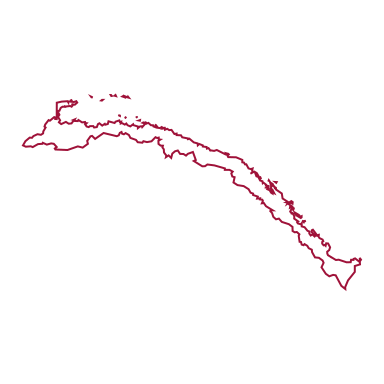 outline of Comarca Kuna Yala, Kuna Yala, Panama
{"feature_id": "35544464B26872392116911", "entity_name": "Comarca Kuna Yala", "entity_type": "district", "adm_level": 2, "iso_a3": "PAN", "parent_name": "Panama", "parent_adm1": "Kuna Yala", "projection": "albers", "projection_center": [-78.308, 9.061], "detail": "fine", "context": "isolated", "style": "outline", "palette": "rose", "viewbox_px": 384, "rotation_deg": 0, "n_neighbors": 0, "source": "geoboundaries", "source_scale": "gbopen_adm2", "svg_char_len": 6023}
<svg xmlns="http://www.w3.org/2000/svg" viewBox="0 0 384 384"><path d="M23.0,145.4L25.8,146.7L30.8,146.3L32.7,147.1L38.0,144.1L42.4,143.8L42.8,142.8L46.8,144.6L51.2,143.4L53.8,143.8L56.7,147.0L54.8,148.5L55.4,149.5L67.5,150.0L77.8,146.4L82.7,147.6L87.9,143.8L87.2,140.9L90.5,136.3L92.1,135.9L95.1,138.9L103.6,133.0L116.8,136.2L118.8,135.3L119.8,132.9L121.5,132.0L122.1,133.7L123.9,134.3L125.6,133.1L128.9,135.0L130.4,137.9L136.0,139.9L137.7,142.2L142.4,142.7L143.4,141.2L147.0,142.1L151.5,141.3L155.5,137.2L157.1,138.0L158.7,137.6L158.8,139.4L160.3,139.6L158.4,140.8L158.5,143.9L160.6,145.6L162.9,145.7L162.4,147.4L163.8,149.3L164.0,152.5L166.4,155.6L166.0,157.1L168.6,155.4L171.2,157.9L172.3,153.6L175.0,151.3L177.8,150.5L180.1,153.9L183.5,154.0L186.0,155.6L187.9,153.8L192.9,152.0L195.8,160.0L193.8,161.0L202.3,166.3L205.0,166.2L207.4,164.5L214.4,165.4L224.9,168.4L224.8,169.9L229.6,169.9L232.7,171.6L231.3,173.4L232.3,176.5L234.6,177.2L233.5,182.5L237.5,185.1L243.7,186.1L248.6,189.2L250.6,192.7L253.1,193.6L253.1,195.0L257.8,196.6L257.1,198.6L260.1,198.3L259.9,199.4L262.3,199.7L262.9,200.9L261.9,203.3L263.8,203.0L266.0,206.2L272.7,210.3L270.7,210.3L270.3,211.1L272.1,213.1L273.3,216.8L276.0,219.3L278.9,218.6L281.8,221.9L288.9,224.2L292.5,226.9L292.6,231.0L294.7,232.3L296.8,232.0L299.4,234.3L298.7,235.8L299.6,241.8L301.0,242.0L301.7,244.6L303.6,245.2L304.5,244.1L307.3,245.8L308.7,248.2L311.8,249.7L312.1,252.2L315.0,257.4L318.9,257.8L322.6,260.5L323.6,262.8L321.5,267.3L325.8,273.8L329.3,276.3L333.1,274.9L335.7,275.3L341.3,285.8L345.3,289.0L345.2,287.1L348.0,280.4L354.8,271.9L354.8,266.0L360.0,264.4L359.8,261.4L361.0,259.7L359.7,257.9L360.0,260.0L358.8,261.3L355.1,258.4L353.6,258.9L353.5,259.9L351.1,259.8L350.7,262.2L346.6,262.3L338.7,259.7L335.9,260.0L331.5,257.3L330.9,258.1L331.3,257.2L328.0,255.2L327.3,253.6L327.2,251.7L329.2,250.1L330.1,247.3L328.1,243.5L326.2,243.3L325.6,245.8L324.7,244.9L323.6,245.3L322.2,243.6L322.2,242.0L323.3,241.2L322.6,239.6L319.5,238.1L318.2,236.0L316.3,235.6L316.3,234.2L312.9,229.7L311.9,230.2L311.6,231.9L315.3,235.8L314.6,236.5L312.4,234.4L310.7,235.5L309.3,233.5L309.4,231.5L307.5,230.8L304.6,227.2L301.7,226.4L301.7,223.2L300.8,224.3L297.8,223.4L297.1,222.2L298.2,221.4L294.2,218.6L294.3,216.4L293.1,213.9L291.9,213.6L292.4,212.1L291.4,213.1L290.2,211.6L291.4,209.1L293.3,209.9L293.8,208.3L291.4,206.8L290.0,207.6L290.2,206.4L291.5,206.0L288.9,204.3L288.7,203.3L289.7,203.1L288.8,202.8L287.3,203.8L287.8,202.8L286.7,202.5L288.2,202.1L282.6,198.5L281.8,193.5L276.0,189.5L275.9,187.8L275.6,187.6L275.4,188.1L274.9,188.2L273.8,185.9L272.6,185.9L273.3,185.5L272.7,184.0L270.1,182.4L271.4,186.6L270.7,188.4L272.4,189.7L274.1,193.0L271.6,191.6L272.2,193.4L271.3,192.9L270.4,191.6L271.2,190.9L267.5,189.3L268.6,188.2L268.4,186.4L267.8,188.0L266.1,187.6L267.9,185.9L265.9,185.5L266.1,184.7L263.1,182.4L262.7,182.9L262.4,181.2L260.1,180.5L258.3,176.9L256.4,176.3L255.7,174.4L258.0,175.2L256.8,173.1L254.3,171.6L250.4,173.7L253.3,171.9L252.1,170.8L252.6,168.5L250.9,169.1L248.5,168.4L246.3,164.3L245.0,164.4L244.0,162.6L242.3,162.3L242.3,159.9L236.1,157.3L228.2,157.1L227.4,155.4L228.8,154.4L228.3,153.8L226.3,153.3L227.2,154.6L225.7,154.5L216.8,150.0L214.1,150.9L210.4,150.3L210.0,151.3L210.2,150.2L208.5,148.1L206.9,148.6L206.6,147.0L202.8,146.5L202.8,145.4L199.3,144.0L197.8,145.3L197.6,143.4L193.8,142.4L189.3,138.6L187.9,138.6L188.1,140.1L187.7,138.4L182.2,137.3L181.0,135.3L176.6,135.1L176.6,133.6L174.4,134.0L171.5,129.9L169.2,130.1L167.2,128.8L165.0,129.7L164.8,127.8L164.0,127.8L162.9,128.7L162.5,128.7L163.1,128.1L161.7,127.0L160.0,128.1L156.5,127.6L153.4,126.4L153.1,125.3L150.9,125.2L148.4,122.9L145.0,124.0L142.2,127.1L141.9,126.3L140.1,126.4L137.9,128.1L137.9,126.5L133.3,125.1L133.1,124.3L130.3,126.4L127.5,125.2L126.3,123.5L124.8,124.6L121.8,123.0L120.9,123.4L121.2,121.7L119.9,122.1L119.3,120.4L115.5,121.7L114.6,123.0L108.5,121.3L107.8,124.0L105.3,124.7L104.8,123.8L102.2,125.6L99.4,123.3L98.0,124.1L96.8,127.1L94.1,127.5L93.3,126.1L90.0,126.1L88.7,127.1L86.6,126.5L84.5,123.4L85.7,124.1L86.6,123.2L85.2,123.0L85.0,122.0L82.1,122.4L78.4,120.0L77.8,121.1L73.4,120.9L71.5,123.4L68.7,123.7L65.9,121.9L61.2,124.1L58.9,122.3L60.1,120.3L58.0,116.9L59.4,114.8L58.9,113.7L58.0,114.3L57.9,110.9L59.4,110.8L60.7,107.9L62.5,106.7L64.7,106.8L64.1,105.6L65.0,106.6L70.2,106.0L71.6,106.7L73.1,104.9L71.5,104.1L74.8,104.7L77.2,102.6L76.3,101.2L73.9,102.0L68.2,101.4L68.2,102.3L67.5,101.2L61.8,101.6L56.8,102.7L56.7,119.1L55.2,119.0L55.2,117.4L54.2,117.1L49.9,120.7L48.6,120.1L45.2,124.5L44.5,126.6L45.6,127.5L43.3,131.4L43.1,133.4L40.9,134.8L37.5,134.2L33.4,136.1L32.0,137.8L29.7,137.6L25.4,141.2L23.0,145.4ZM291.3,201.1L289.7,202.1L292.5,203.7L292.7,202.1L291.3,201.1ZM298.7,214.8L294.6,212.4L295.0,213.5L297.4,215.9L298.5,215.7L298.7,214.8ZM299.6,215.8L297.6,216.1L300.8,218.0L301.6,217.3L301.6,216.2L300.2,216.9L299.6,215.8ZM305.7,220.8L303.6,221.1L303.8,222.0L305.7,220.8ZM260.3,177.2L259.2,177.5L261.1,179.0L260.3,177.2ZM126.5,96.9L125.0,96.3L125.5,97.5L126.5,96.9ZM92.7,97.4L91.0,96.6L91.5,97.3L92.7,97.4ZM123.9,97.0L123.4,95.9L122.4,96.5L123.9,97.0ZM116.0,96.1L115.5,95.0L114.6,95.7L116.0,96.1ZM276.6,182.1L275.2,182.0L276.2,182.8L276.6,182.1ZM119.9,115.6L118.3,115.1L119.9,115.9L119.9,115.6ZM128.8,97.7L128.0,96.7L127.7,97.4L128.8,97.7ZM72.1,99.8L70.8,100.4L70.8,100.8L71.2,100.8L72.1,99.8ZM140.0,120.1L138.9,120.5L139.9,120.7L140.0,120.1ZM102.7,99.9L102.0,99.9L101.3,100.5L101.9,100.6L102.7,99.9ZM268.6,180.7L269.4,181.1L268.8,180.2L268.6,180.7ZM146.6,122.9L145.5,122.3L144.9,122.5L146.6,122.9ZM303.2,221.1L302.1,220.8L303.3,221.6L303.2,221.1ZM111.8,95.9L111.0,95.0L110.7,95.0L111.3,96.0L111.8,95.9ZM125.3,117.9L126.3,116.8L124.8,118.0L125.3,117.9ZM74.4,120.1L74.8,119.4L73.6,119.9L74.4,120.1ZM136.6,116.3L136.6,117.2L137.4,117.7L136.9,117.1L136.6,116.3ZM143.7,123.1L143.2,122.5L142.7,122.8L143.7,123.1ZM318.8,234.8L318.4,234.9L318.7,235.9L318.8,234.8ZM155.1,124.5L155.6,125.3L156.2,125.5L155.8,125.0L155.1,124.5Z" fill="none" stroke="#9f1239" stroke-width="2"/></svg>